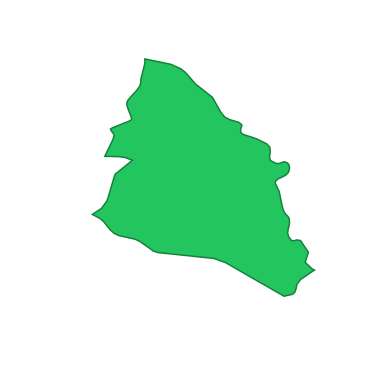 outline of Otdar Mean Chey, rotated 60°
{"feature_id": "KHM-1782", "entity_name": "Otdar Mean Chey", "entity_type": "Province", "adm_level": 1, "iso_a3": "KHM", "parent_name": "Cambodia", "parent_adm1": "", "projection": "equal_earth", "projection_center": [103.537, 14.166], "detail": "fine", "context": "isolated", "style": "filled", "palette": "green", "viewbox_px": 384, "rotation_deg": 60, "n_neighbors": 0, "source": "natural_earth", "source_scale": "10m", "svg_char_len": 1483}
<svg xmlns="http://www.w3.org/2000/svg" viewBox="0 0 384 384"><g transform="rotate(60 192 192)"><path d="M217.3,94.5L219.9,95.5L222.1,97.3L223.6,99.5L224.3,103.1L223.7,111.4L224.5,114.6L226.4,115.5L235.4,116.3L250.7,121.4L255.6,122.2L259.0,121.8L261.1,121.1L263.4,121.1L267.1,122.7L269.9,124.9L272.5,127.5L275.4,129.7L279.3,130.7L283.9,130.0L285.2,128.0L285.9,125.2L288.3,122.3L302.4,121.3L309.5,129.1L318.5,126.5L320.9,124.9L320.9,125.8L322.0,141.4L323.1,144.2L324.6,147.5L328.2,150.6L330.3,153.3L330.8,155.4L330.5,157.6L329.6,159.9L328.4,164.3L288.1,187.8L270.3,198.0L260.5,206.3L227.6,251.6L224.0,254.9L209.3,261.6L204.5,264.8L193.3,277.0L189.1,280.0L183.9,281.8L173.7,283.3L168.8,285.0L161.6,289.5L160.9,278.5L157.4,270.6L155.5,268.1L139.9,251.7L138.2,249.6L138.0,248.6L134.7,227.7L128.5,232.9L124.8,237.7L117.5,249.7L107.2,234.5L103.9,231.0L103.1,230.9L100.8,231.0L99.5,231.3L98.1,231.3L96.7,231.1L96.6,229.0L99.1,211.5L99.2,210.0L99.0,208.2L98.4,207.5L85.8,205.4L83.0,204.4L81.5,203.1L80.6,201.9L79.0,197.7L76.7,190.1L74.6,185.1L73.2,183.3L71.9,181.9L69.0,180.1L56.8,168.3L53.2,166.3L71.0,146.3L79.6,140.2L84.8,138.0L100.5,134.9L112.2,130.2L120.1,127.0L137.7,127.1L143.3,126.2L147.8,123.5L155.1,116.6L158.8,115.2L159.8,116.0L161.2,117.7L163.2,119.4L165.9,119.8L167.8,118.8L177.7,109.9L187.7,103.2L192.1,102.2L196.7,104.3L200.3,107.3L204.0,108.3L209.4,104.8L211.0,102.0L211.4,99.2L212.2,96.6L214.7,94.7L217.3,94.5Z" fill="#22c55e" stroke="#15803d" stroke-width="1.5"/></g></svg>